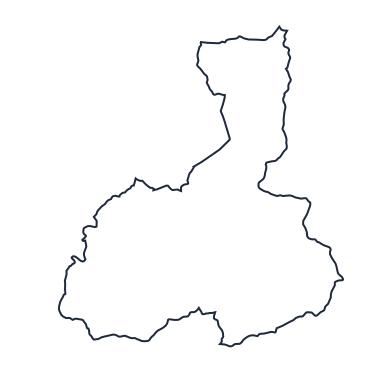 outline of Don Duong, Lâm Đồng, Vietnam, rotated 355°
{"feature_id": "81297802B74216529473028", "entity_name": "Don Duong", "entity_type": "district", "adm_level": 2, "iso_a3": "VNM", "parent_name": "Vietnam", "parent_adm1": "Lâm Đồng", "projection": "mercator", "projection_center": [108.553, 11.806], "detail": "fine", "context": "isolated", "style": "outline", "palette": "slate", "viewbox_px": 384, "rotation_deg": 355, "n_neighbors": 0, "source": "geoboundaries", "source_scale": "gbopen_adm2", "svg_char_len": 5977}
<svg xmlns="http://www.w3.org/2000/svg" viewBox="0 0 384 384"><g transform="rotate(355 192 192)"><path d="M300.8,39.6L297.2,39.0L296.1,38.6L295.2,38.0L294.6,37.1L293.4,34.9L289.1,39.7L285.4,43.5L281.7,44.7L280.8,45.3L280.0,46.1L279.1,46.6L277.8,46.9L276.4,46.9L269.8,45.9L261.7,45.0L257.5,43.6L253.3,41.1L252.5,41.1L252.1,41.4L250.8,42.5L249.0,43.0L242.5,43.1L240.4,43.5L239.1,44.3L238.1,45.7L237.0,45.6L235.6,45.0L234.8,45.0L232.5,46.1L230.1,46.0L220.3,44.7L213.9,43.4L213.7,44.3L213.9,46.3L211.9,48.6L209.5,55.3L209.4,58.2L209.8,61.2L209.7,62.1L209.2,63.4L208.3,65.1L208.2,66.1L208.9,67.5L210.9,69.7L214.7,75.7L216.0,76.8L216.7,77.6L217.1,78.8L217.3,81.4L217.1,82.4L216.5,83.4L216.3,84.2L216.4,85.0L218.0,88.5L218.7,91.0L220.8,94.0L221.5,96.1L222.3,96.9L223.5,97.1L225.8,96.4L227.2,96.4L231.2,97.9L232.2,98.2L233.1,98.2L232.7,101.2L230.3,107.7L227.8,113.5L227.7,114.1L229.3,119.0L230.6,124.3L234.2,141.7L234.1,143.2L223.1,152.2L203.9,163.1L195.9,166.9L196.2,167.2L193.1,171.5L191.3,173.1L190.2,175.4L189.8,176.8L188.5,179.7L188.6,181.0L189.0,182.3L188.9,183.2L188.3,183.6L184.7,184.0L182.6,185.1L181.5,186.3L181.2,190.1L180.1,189.6L178.0,188.4L176.8,188.2L173.0,188.4L171.5,187.5L170.2,186.0L169.1,184.3L168.5,183.6L167.0,183.4L157.7,186.2L153.7,186.9L154.2,185.5L152.6,184.4L150.6,184.1L147.0,180.8L143.5,176.5L143.0,176.6L140.9,176.2L138.2,174.7L137.1,173.6L134.6,180.5L133.6,180.4L132.3,180.8L131.2,182.5L130.6,183.0L128.7,183.8L127.2,184.7L125.4,186.5L123.0,186.8L122.1,187.2L120.0,188.7L119.3,189.7L119.3,190.2L118.3,190.1L115.3,189.1L113.4,189.2L112.5,189.6L111.6,190.5L110.9,191.9L108.4,192.7L107.2,193.3L106.2,194.2L104.2,196.5L100.9,198.4L96.7,202.2L95.9,203.3L94.8,205.8L92.0,208.3L94.5,212.4L94.2,215.8L93.8,218.2L92.1,218.5L87.8,217.1L85.6,216.9L84.9,217.0L81.6,218.3L81.0,218.8L80.2,221.9L80.2,222.9L80.6,224.2L82.3,226.0L82.5,226.6L81.6,227.8L78.6,230.1L78.6,230.4L79.4,231.3L81.4,231.1L82.0,236.8L81.8,237.6L79.5,242.3L79.0,243.8L78.9,245.5L79.3,247.6L80.0,249.7L78.3,251.5L76.9,251.7L75.4,251.0L74.0,249.8L72.0,247.7L70.0,246.2L69.0,245.8L67.8,245.7L66.5,246.6L66.5,247.5L68.4,249.7L69.1,251.0L69.0,252.1L68.8,252.6L68.4,252.9L66.9,253.2L64.9,255.0L63.5,255.3L62.7,256.6L60.1,259.5L59.9,263.0L57.6,269.5L57.7,271.9L57.0,278.3L57.0,282.4L56.7,282.7L55.4,283.1L54.1,285.5L52.0,288.5L51.1,290.2L49.8,293.8L49.2,296.6L49.5,298.7L51.0,302.8L52.6,304.7L55.6,306.6L58.5,306.7L59.5,307.0L61.7,308.8L62.2,309.0L63.7,308.2L65.6,308.1L71.5,309.7L72.2,310.2L74.8,314.5L75.6,318.4L76.0,318.8L76.8,318.9L77.1,319.3L77.4,321.6L77.3,323.4L77.6,325.0L79.4,327.1L80.1,328.9L80.9,330.0L81.4,330.4L82.4,330.5L84.9,330.3L86.3,330.1L89.5,328.8L91.3,328.5L100.7,327.2L102.3,327.3L104.5,328.3L105.9,329.3L107.0,329.8L108.4,329.8L111.4,329.4L112.9,329.4L116.7,331.4L119.3,332.4L122.0,332.5L122.8,332.8L125.5,334.3L127.0,334.8L127.5,335.3L129.0,336.1L132.5,336.6L134.9,336.5L136.3,336.0L136.9,335.5L137.8,334.2L139.3,332.7L141.2,331.4L143.7,328.8L145.0,327.7L146.3,326.9L150.8,325.0L154.2,322.8L155.6,321.0L156.2,319.8L157.0,317.3L157.7,316.9L158.8,316.9L163.9,318.0L166.9,318.1L168.1,317.9L172.3,315.6L176.5,315.6L177.1,315.4L178.4,314.2L178.8,313.6L179.2,312.5L179.8,311.9L181.0,311.6L183.2,311.8L184.6,311.6L187.3,309.8L188.7,308.0L190.9,312.4L191.4,314.1L192.0,314.6L193.5,314.7L195.5,314.2L197.5,314.4L198.9,314.0L201.4,314.3L204.6,313.8L203.0,317.7L202.9,319.4L203.0,319.9L203.9,320.9L205.7,321.7L206.3,322.5L206.7,326.4L207.1,328.1L209.8,332.4L210.5,334.9L210.5,338.9L209.7,340.0L208.9,340.8L208.7,341.7L208.7,343.1L208.5,343.8L207.9,344.6L206.6,345.9L210.7,346.6L212.7,347.3L216.1,349.0L217.6,349.1L218.6,348.9L220.8,347.6L221.8,347.2L226.3,347.4L228.3,346.1L229.9,344.2L232.1,342.5L234.4,341.2L236.9,340.2L240.0,340.0L241.4,340.3L244.3,341.2L244.8,341.2L246.2,339.8L247.6,339.2L251.7,339.3L258.9,338.2L262.6,339.2L263.0,338.9L263.4,338.2L264.2,335.7L264.6,335.1L265.0,334.9L270.5,333.2L277.5,330.1L281.8,328.5L284.6,326.5L287.9,325.5L288.7,325.4L290.1,325.7L291.8,325.3L294.6,322.6L295.5,322.0L296.2,321.8L300.3,322.4L300.9,322.7L303.6,325.7L304.3,326.1L305.4,326.0L306.3,325.5L309.8,322.8L312.6,321.8L313.3,321.2L313.9,320.2L314.8,317.8L315.4,317.2L317.8,315.3L321.1,309.2L321.5,305.8L322.6,302.9L326.1,297.6L326.4,294.7L326.7,294.2L327.4,293.8L329.9,293.0L331.2,292.9L334.3,293.0L334.8,292.4L334.8,291.7L333.9,289.7L331.2,286.9L330.7,286.2L330.2,284.8L329.3,278.0L328.7,275.7L325.8,270.4L324.4,267.0L324.1,265.9L324.1,264.8L324.3,263.6L325.1,261.5L325.0,260.7L324.6,259.7L324.0,259.1L322.7,258.4L318.8,256.6L315.9,254.6L314.3,253.3L312.7,252.7L312.2,252.4L310.8,250.2L310.3,249.9L307.4,249.6L305.0,248.7L304.2,248.1L303.6,247.4L302.9,246.2L302.9,242.1L301.9,238.2L301.3,236.7L300.1,234.4L299.9,233.6L300.2,231.1L300.6,230.0L304.1,225.0L305.5,222.4L308.3,216.3L308.7,215.0L308.9,213.1L308.4,212.4L307.3,211.5L305.5,208.6L304.9,208.1L304.0,208.0L300.0,208.1L294.5,206.4L291.7,204.8L289.5,204.0L288.5,203.9L282.2,203.9L279.9,203.0L279.0,203.0L276.9,203.4L275.4,203.1L270.2,200.7L269.4,200.0L267.6,198.7L264.6,197.7L263.5,197.1L260.1,194.7L259.1,193.5L258.8,192.4L258.9,189.9L259.5,188.4L264.0,185.4L265.2,183.8L266.0,181.6L266.6,179.0L267.2,177.6L268.1,174.6L268.3,172.7L267.8,171.1L268.6,169.4L269.1,169.1L273.5,168.5L277.4,168.3L278.9,167.7L281.0,165.8L281.9,165.5L283.3,164.3L287.0,159.6L289.8,157.2L290.1,156.7L290.3,155.6L290.4,154.1L290.2,151.0L290.7,148.4L290.6,146.2L289.2,140.7L287.6,137.1L288.3,135.1L289.3,133.0L289.6,127.9L290.0,125.4L291.1,120.3L292.5,115.7L292.3,113.2L290.9,109.5L290.9,107.9L291.1,106.7L292.5,104.0L292.6,102.2L292.7,101.8L296.4,98.9L296.8,98.2L297.1,97.4L297.2,94.6L297.6,93.4L298.2,92.2L299.8,90.1L300.2,88.5L299.3,86.1L298.0,80.7L296.3,77.4L297.4,76.8L298.0,76.0L299.5,71.6L301.5,67.1L301.3,65.5L300.4,63.7L300.1,62.4L300.2,61.4L301.0,59.5L301.1,58.7L300.6,57.4L299.7,56.6L297.0,55.2L296.5,54.7L296.2,54.2L296.0,52.3L296.3,51.3L298.5,47.8L297.7,46.5L297.6,44.9L298.0,43.8L300.8,39.6Z" fill="none" stroke="#1e293b" stroke-width="2"/></g></svg>